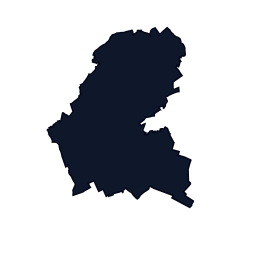 Abram, Bihor, Romania (Albers equal-area conic projection), rotated 343°
{"feature_id": "2599482B62874719700272", "entity_name": "Abram", "entity_type": "district", "adm_level": 2, "iso_a3": "ROU", "parent_name": "Romania", "parent_adm1": "Bihor", "projection": "albers", "projection_center": [22.416, 47.314], "detail": "fine", "context": "isolated", "style": "filled", "palette": "ink", "viewbox_px": 256, "rotation_deg": 343, "n_neighbors": 0, "source": "geoboundaries", "source_scale": "gbopen_adm2", "svg_char_len": 5764}
<svg xmlns="http://www.w3.org/2000/svg" viewBox="0 0 256 256"><g transform="rotate(343 128 128)"><path d="M169.1,216.9L162.9,209.5L164.2,208.2L162.5,205.1L169.4,201.1L171.4,199.7L171.4,198.4L170.8,197.4L170.1,197.1L173.4,185.0L177.3,179.0L178.0,178.1L178.4,177.8L178.7,177.0L173.6,172.4L168.0,168.7L170.0,165.5L163.6,161.5L167.7,155.4L167.5,155.2L166.2,148.7L166.0,147.6L165.7,147.0L165.8,146.7L165.9,146.4L166.3,146.3L166.6,146.0L166.5,145.9L166.0,145.3L165.8,144.9L165.8,144.5L166.0,144.0L166.0,143.4L165.5,141.9L165.7,141.6L165.6,140.0L163.9,138.0L163.3,138.2L162.8,138.9L162.1,139.4L161.7,139.4L160.9,138.8L159.0,138.4L158.5,138.5L158.4,138.6L158.3,139.0L158.5,139.8L158.5,140.2L158.3,140.4L158.0,140.5L157.7,140.4L157.2,140.0L155.9,139.9L155.6,139.7L155.3,139.4L155.2,139.4L154.7,140.7L154.3,140.8L154.0,140.8L153.3,140.4L153.4,139.3L152.2,138.9L152.0,139.0L151.4,139.9L150.9,140.0L150.5,139.5L150.5,139.3L150.5,138.2L150.6,137.9L150.4,137.7L148.7,137.5L148.0,137.6L147.6,138.0L146.6,138.6L145.7,138.7L145.5,138.9L145.3,140.0L145.0,140.2L144.7,140.2L143.3,139.4L142.2,139.1L143.9,138.1L142.5,136.8L141.3,134.6L143.2,132.1L145.2,129.4L145.5,128.9L142.9,129.1L141.4,129.8L140.1,127.2L141.8,126.3L145.8,124.8L146.4,124.4L146.5,124.0L147.6,123.3L149.0,123.2L152.8,123.7L154.0,123.6L155.1,123.8L156.7,124.1L157.6,121.4L157.8,121.3L158.7,121.6L158.8,121.2L161.2,120.9L163.7,119.9L164.3,120.0L163.5,117.8L163.8,117.5L163.8,117.1L167.9,117.1L168.0,117.8L167.9,118.5L167.7,118.9L167.8,119.4L167.9,119.6L168.0,119.6L168.2,119.1L169.1,118.6L170.1,117.9L170.5,116.9L170.7,116.1L173.0,114.4L173.4,113.7L173.3,113.0L173.2,111.3L172.9,110.8L172.7,109.8L173.3,109.4L175.5,109.0L176.5,108.6L180.8,108.0L184.3,107.7L186.3,107.8L187.2,108.1L187.6,107.5L187.7,106.3L188.3,104.1L183.6,104.6L182.5,104.1L182.5,103.5L184.5,97.1L195.0,93.7L193.7,89.7L193.3,87.8L191.8,84.3L193.6,82.4L194.3,84.1L195.1,83.3L197.3,79.5L197.9,79.7L197.7,78.6L197.1,76.9L197.7,75.7L198.5,75.1L198.9,75.7L198.9,76.2L199.1,76.3L201.0,74.4L201.7,75.3L202.1,75.5L203.5,75.4L203.9,75.0L204.3,74.2L205.0,70.4L205.7,68.3L205.7,66.2L205.2,64.7L205.3,64.4L204.7,63.3L204.4,62.9L203.8,62.7L203.5,62.3L203.4,61.7L203.8,60.8L203.9,59.4L203.8,58.9L203.9,58.2L203.6,57.6L202.3,56.0L200.7,54.9L199.3,53.1L198.4,50.9L197.4,49.5L197.1,48.8L196.6,46.8L196.4,46.3L194.7,43.5L185.7,47.8L183.2,40.2L180.2,40.5L178.5,41.4L177.9,42.4L176.7,44.1L176.3,46.0L175.7,44.4L174.9,43.8L174.0,42.9L171.6,41.6L169.8,39.9L168.7,39.2L169.1,38.5L166.7,38.0L166.4,37.6L165.9,37.5L165.5,37.6L165.4,38.2L165.1,38.4L164.9,39.0L160.6,40.3L160.5,39.2L160.4,38.3L160.6,37.3L160.4,35.7L158.3,35.7L156.7,35.5L156.6,35.8L155.3,35.4L152.0,35.5L149.0,34.7L148.2,34.7L145.3,34.0L144.8,34.0L142.8,34.4L140.1,34.4L139.7,34.9L137.9,35.9L135.6,38.6L134.9,39.1L133.7,39.5L130.8,41.0L129.8,41.3L128.8,41.3L125.4,42.2L124.6,42.5L122.8,43.5L119.6,44.5L118.9,44.9L117.2,46.3L116.0,47.9L117.4,49.2L116.5,50.2L116.3,50.7L117.0,51.8L116.0,51.9L114.6,52.5L114.2,52.2L113.8,52.7L114.2,53.0L113.9,53.9L113.4,54.5L116.7,56.6L117.2,57.1L117.9,56.6L118.3,56.7L119.1,57.3L119.1,56.3L119.2,56.1L119.6,56.2L119.7,58.3L119.0,58.3L117.9,58.7L117.4,59.7L117.0,60.0L116.0,60.1L115.3,60.0L115.3,60.4L114.9,60.5L115.1,61.0L114.2,62.3L113.0,63.3L110.9,64.4L108.8,65.5L107.7,65.5L106.3,65.2L106.3,65.7L105.9,66.0L106.0,66.3L104.8,66.8L104.3,67.5L100.5,70.6L99.9,70.7L99.7,70.9L99.7,71.3L97.5,72.6L96.8,72.6L96.8,72.9L96.3,72.6L95.6,72.8L95.8,73.0L95.6,73.3L94.8,73.9L94.3,74.6L94.2,74.5L93.5,75.0L93.7,75.4L93.6,75.9L93.5,76.6L93.6,77.0L93.4,77.5L93.4,78.2L92.7,79.9L92.6,80.2L92.9,80.8L92.7,81.0L92.7,81.3L92.1,82.0L92.1,82.3L92.3,82.5L90.6,82.9L90.4,83.2L90.0,84.6L89.4,84.9L87.7,85.7L84.3,86.9L81.7,88.1L80.1,88.2L80.3,96.3L77.5,98.2L75.6,99.7L75.2,99.7L74.9,99.6L74.0,98.8L73.2,97.6L72.7,97.6L71.7,96.3L70.9,95.1L70.5,94.6L70.2,94.4L69.9,94.5L69.6,94.8L65.5,102.3L65.3,102.4L64.9,102.2L64.8,101.6L64.5,101.0L63.9,101.0L63.7,101.1L63.0,100.9L62.9,101.2L62.9,101.5L62.7,101.9L61.9,101.9L61.6,101.7L61.4,101.7L60.9,102.0L60.5,102.0L60.2,102.3L59.6,102.5L58.9,103.2L58.2,102.8L57.9,102.9L57.8,103.2L57.3,103.4L57.1,103.7L57.0,103.9L57.1,104.4L57.3,104.7L57.4,104.9L57.2,105.1L56.9,105.1L56.8,104.7L56.4,104.5L56.1,104.5L55.9,105.1L55.7,105.1L55.4,104.8L55.2,104.3L55.0,104.1L54.4,104.1L54.3,104.3L54.4,104.5L53.9,104.8L53.5,104.6L52.6,104.6L52.6,104.9L53.1,105.3L52.9,105.8L52.3,105.9L52.1,106.2L50.8,105.9L50.6,105.9L50.4,106.3L50.3,106.5L50.5,106.6L50.8,108.3L50.6,111.2L50.6,111.7L50.9,112.6L51.5,114.1L51.8,115.6L52.0,118.0L52.0,118.5L51.5,119.3L54.2,120.2L55.2,120.7L55.7,121.1L56.0,121.5L56.7,122.7L57.1,124.1L57.1,124.8L56.6,128.0L56.6,128.5L57.0,130.9L57.0,131.7L56.7,136.7L56.9,136.7L56.8,138.4L57.1,147.0L59.3,146.3L59.4,146.7L59.6,148.3L59.9,149.2L59.6,150.4L59.2,151.3L59.2,151.9L58.8,151.8L58.5,153.3L58.5,154.9L59.0,155.8L59.2,156.6L59.8,157.7L59.9,158.3L59.9,159.5L60.6,163.5L61.1,164.7L61.3,166.3L60.1,168.1L59.3,168.9L57.2,171.4L57.1,171.8L56.7,174.0L55.9,175.7L55.8,176.3L66.2,175.9L67.3,175.5L74.7,173.8L74.1,172.0L73.9,169.3L80.0,168.5L81.5,180.0L86.3,179.3L87.2,187.0L90.0,186.0L89.6,187.6L90.2,187.5L91.8,187.7L92.4,187.6L94.3,187.5L94.8,186.4L101.5,186.7L102.9,186.1L103.3,186.1L103.6,187.2L104.1,187.5L104.2,188.0L104.6,187.7L105.0,186.2L108.3,184.8L108.7,185.7L110.1,188.0L110.6,188.7L112.1,190.3L112.5,190.9L113.1,192.3L113.3,193.4L113.7,194.1L115.0,196.9L115.8,197.9L116.1,198.5L116.6,198.2L117.2,198.2L118.9,197.0L120.1,195.9L120.7,195.6L124.5,194.0L127.5,193.2L130.0,192.3L130.3,192.0L130.4,191.5L130.5,190.9L130.7,190.4L133.3,190.7L133.2,191.1L133.4,191.5L135.6,193.6L151.6,205.9L149.6,207.7L163.9,222.0L164.7,221.4L165.9,221.0L166.1,220.8L167.0,219.1L168.6,217.8L168.9,217.4L169.1,216.9Z" fill="#0f172a" stroke="#020617" stroke-width="1.5"/></g></svg>